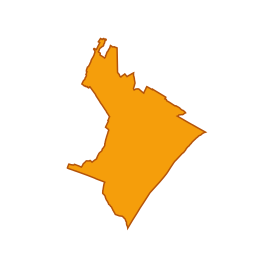 outline of Mosna, Iasi, Romania, rotated 249°
{"feature_id": "2599482B14546086998292", "entity_name": "Mosna", "entity_type": "district", "adm_level": 2, "iso_a3": "ROU", "parent_name": "Romania", "parent_adm1": "Iasi", "projection": "orthographic", "projection_center": [27.981, 46.915], "detail": "fine", "context": "isolated", "style": "filled", "palette": "amber", "viewbox_px": 256, "rotation_deg": 249, "n_neighbors": 0, "source": "geoboundaries", "source_scale": "gbopen_adm2", "svg_char_len": 5723}
<svg xmlns="http://www.w3.org/2000/svg" viewBox="0 0 256 256"><g transform="rotate(249 128 128)"><path d="M185.6,100.7L183.4,102.1L183.0,102.2L182.6,103.1L182.1,103.1L181.9,103.3L181.4,104.5L181.3,104.4L181.1,104.4L179.9,105.3L180.0,105.4L179.5,105.7L179.5,105.9L180.2,106.9L180.2,107.2L171.3,109.6L169.0,109.8L167.2,110.2L163.0,111.1L161.5,111.3L158.5,112.1L153.9,113.1L151.9,113.6L151.2,113.7L150.5,113.7L146.9,114.5L146.3,114.5L145.1,114.9L144.8,114.5L144.2,113.8L143.7,113.4L143.1,112.9L142.2,111.9L141.5,112.2L136.8,107.3L133.8,109.1L133.5,109.2L133.0,109.2L132.8,109.2L132.1,108.6L131.4,107.9L131.0,107.7L130.2,107.1L129.0,106.1L128.5,105.7L127.3,104.7L126.5,104.2L125.2,103.1L123.2,101.8L122.3,101.3L122.0,101.1L121.9,100.9L121.6,100.7L120.4,100.2L120.1,100.0L119.8,99.8L119.5,99.5L119.1,99.0L118.8,98.4L118.1,97.5L117.4,96.2L116.7,96.0L116.5,95.8L116.2,95.5L115.8,94.7L115.3,93.1L115.0,92.4L114.6,91.7L113.5,90.5L112.4,89.2L112.2,89.1L111.4,88.5L111.4,88.3L111.2,88.1L110.5,87.6L110.5,87.3L110.1,86.5L110.1,86.3L110.1,85.8L109.0,82.2L111.0,81.2L111.3,81.0L111.3,80.8L111.3,80.7L111.1,80.0L111.1,79.9L111.4,79.4L111.8,78.3L111.9,78.2L112.2,77.4L112.2,77.2L112.0,76.6L111.3,75.3L111.1,74.6L110.8,73.9L110.7,73.5L109.0,71.7L108.9,71.4L108.3,70.7L108.2,70.5L108.6,70.0L109.8,68.9L112.2,66.2L112.6,65.8L113.3,64.9L113.0,64.5L112.9,64.2L113.0,63.7L113.7,62.5L114.0,61.9L114.3,61.4L114.6,61.1L115.5,59.9L115.4,59.6L115.0,59.4L112.9,57.4L112.6,57.2L112.3,57.1L112.2,57.2L111.3,58.1L104.2,66.5L98.2,73.4L93.2,78.9L92.8,79.3L92.2,79.8L91.0,81.1L87.3,85.3L85.7,86.9L84.7,85.9L84.4,85.6L82.5,84.4L80.6,83.3L79.7,82.8L79.0,82.4L78.7,82.1L77.5,81.6L77.2,81.5L76.5,81.1L76.1,81.0L75.4,81.2L74.5,81.7L73.4,82.0L72.4,82.2L72.0,82.2L71.7,82.1L71.3,82.0L69.9,82.0L68.4,82.1L67.3,82.4L66.4,82.5L65.3,82.7L64.8,82.7L64.2,82.6L63.9,82.6L63.6,82.7L62.5,83.4L61.6,83.6L61.1,83.7L60.3,84.2L59.9,84.3L58.9,84.3L57.4,84.5L56.3,84.5L55.4,84.8L54.7,84.8L53.1,85.1L52.3,85.1L51.9,85.2L51.7,85.3L51.6,85.5L51.2,86.0L50.8,86.4L50.2,87.1L49.0,88.5L48.4,89.7L47.8,90.8L47.6,91.1L47.2,91.3L46.8,91.4L46.1,92.0L45.3,92.0L44.6,92.5L44.3,92.6L43.7,92.7L43.2,92.7L42.2,92.6L41.9,92.6L41.0,92.9L40.5,92.8L40.1,92.6L39.8,92.5L38.2,92.1L37.3,92.1L37.0,92.1L36.8,92.2L36.3,92.2L35.0,92.0L34.6,91.9L40.2,99.0L45.4,106.0L49.0,110.6L52.8,115.9L59.7,125.3L66.0,137.8L67.2,140.0L69.0,143.3L69.7,144.5L71.6,147.7L73.0,149.7L75.9,153.6L79.3,158.4L80.2,159.9L80.8,161.3L84.8,169.5L85.2,171.1L86.9,174.0L87.7,174.8L88.2,175.6L88.5,176.2L88.8,176.8L89.2,177.6L89.3,178.3L89.8,179.2L90.1,179.6L90.6,180.5L90.8,181.1L91.0,181.5L91.8,182.7L92.4,184.0L92.6,184.5L93.2,185.9L93.6,187.0L94.1,188.0L94.3,188.7L94.6,189.8L94.9,190.3L95.3,191.2L95.4,193.2L95.5,193.5L95.6,194.1L95.9,194.6L96.4,196.8L96.4,197.5L96.3,198.7L96.3,198.9L100.5,195.4L111.2,186.5L121.4,178.3L121.4,178.8L121.4,179.3L121.4,179.5L121.6,179.8L122.0,180.3L122.0,180.5L121.5,181.7L121.5,181.9L121.4,182.6L121.1,183.1L120.9,183.8L121.0,184.6L121.3,185.5L121.4,185.9L121.5,186.3L121.5,187.2L121.8,187.2L122.2,187.0L123.0,186.7L124.1,186.1L124.8,185.6L125.1,185.1L126.1,184.4L126.7,184.0L128.0,183.5L128.5,183.2L130.4,181.7L131.0,181.0L131.2,180.9L131.5,180.8L131.6,180.7L131.7,180.0L131.8,179.8L131.9,179.7L137.4,175.7L139.5,174.0L140.0,173.9L140.4,174.0L140.8,174.0L141.1,173.9L142.0,172.9L143.2,174.3L145.6,172.5L154.3,165.7L155.5,164.8L155.1,164.4L155.9,163.8L157.3,162.6L158.4,161.7L159.7,160.6L159.9,160.4L159.0,159.3L158.3,158.7L155.8,156.0L155.0,155.3L154.9,155.2L155.8,154.6L156.7,154.1L158.6,153.1L160.6,152.0L160.7,151.8L161.3,150.4L161.5,149.4L161.6,149.1L161.5,148.7L161.4,148.3L161.3,147.6L161.5,147.2L162.4,147.2L163.0,147.3L164.9,148.8L165.8,149.5L166.4,149.7L166.5,149.8L166.7,150.2L166.8,150.3L168.0,150.8L170.8,151.3L171.4,151.5L172.2,151.7L173.9,151.9L174.1,152.0L174.5,151.9L175.6,152.2L177.0,152.7L177.5,153.0L177.5,152.6L177.3,151.9L177.3,151.2L176.9,148.8L176.7,147.3L176.6,146.6L176.3,145.5L179.6,144.4L179.4,143.8L178.7,141.0L178.6,140.6L178.4,140.1L178.2,139.9L178.3,139.4L178.6,139.2L179.9,138.9L180.2,139.0L181.2,139.0L182.8,138.4L183.6,138.2L183.8,138.2L206.7,146.5L207.3,145.9L208.0,144.8L208.5,144.7L208.8,144.0L209.1,143.0L209.2,142.7L209.5,142.3L209.7,142.2L210.2,142.1L210.4,141.9L210.7,141.7L211.3,141.2L210.4,140.5L209.2,139.5L209.0,139.4L208.3,138.1L207.5,137.4L206.9,136.7L206.4,135.7L206.1,135.4L204.8,134.3L204.2,133.9L204.0,133.7L203.9,133.4L203.6,133.0L203.3,132.8L202.7,132.7L202.0,131.9L201.7,131.2L202.9,130.5L204.0,129.7L206.1,128.1L206.5,128.2L207.2,128.7L207.4,128.8L207.6,128.8L208.0,128.8L208.4,128.6L209.3,127.8L209.8,127.6L210.1,128.1L210.5,128.5L210.9,128.9L211.6,129.4L212.1,129.9L212.5,130.5L212.6,130.9L212.8,131.7L213.2,132.8L213.3,133.1L213.3,133.3L213.3,133.7L213.4,134.2L213.6,134.5L213.9,134.8L214.2,135.1L214.7,135.3L214.9,135.4L215.3,136.0L215.7,136.5L217.8,137.8L217.7,138.7L217.9,138.9L218.3,139.3L218.6,139.3L219.0,139.1L219.1,138.9L219.2,138.6L219.2,138.0L219.2,137.9L219.5,137.7L220.2,137.5L220.3,137.3L220.3,137.0L220.0,136.7L220.2,136.4L220.0,136.0L219.9,135.7L220.7,135.1L220.7,134.9L221.4,134.4L220.4,133.0L219.1,131.2L217.7,132.2L215.0,129.2L212.6,126.7L213.5,125.8L214.3,125.0L214.4,124.9L214.3,124.6L214.2,124.4L214.0,124.2L213.4,124.3L212.9,124.4L212.4,124.7L211.9,124.8L211.7,124.8L210.8,124.2L210.4,124.2L210.2,124.1L209.7,123.5L208.5,122.6L207.4,121.5L206.1,119.9L205.1,118.6L204.3,117.8L203.1,117.0L202.9,116.8L202.7,116.5L200.9,114.7L199.5,113.0L199.4,112.0L196.9,109.9L196.4,109.7L195.5,109.4L195.2,109.8L193.4,108.3L192.9,108.1L192.8,107.9L192.4,108.2L191.6,107.8L190.6,106.7L190.1,105.9L189.1,105.3L188.8,104.9L188.5,104.3L188.3,103.6L186.6,101.7L185.6,100.7Z" fill="#f59e0b" stroke="#b45309" stroke-width="1.5"/></g></svg>